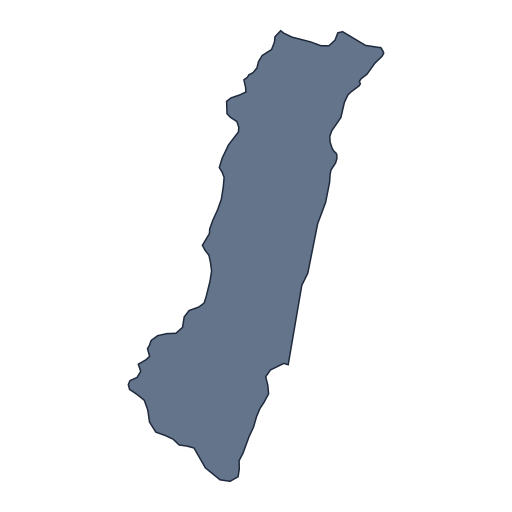 map outline of Hualien (Mercator projection)
{"feature_id": "TWN-1172", "entity_name": "Hualien", "entity_type": "County", "adm_level": 1, "iso_a3": "TWN", "parent_name": "Taiwan", "parent_adm1": "", "projection": "mercator", "projection_center": [121.379, 23.74], "detail": "fine", "context": "isolated", "style": "filled", "palette": "slate", "viewbox_px": 512, "rotation_deg": 0, "n_neighbors": 0, "source": "natural_earth", "source_scale": "10m", "svg_char_len": 1652}
<svg xmlns="http://www.w3.org/2000/svg" viewBox="0 0 512 512"><path d="M380.6,47.5L381.4,48.4L382.5,50.3L383.4,52.1L383.7,53.4L381.9,56.4L374.7,63.4L367.0,74.2L361.2,78.7L359.4,81.2L360.3,83.8L359.3,85.7L351.0,91.9L347.9,94.9L344.4,102.4L340.9,117.5L331.7,130.9L329.8,136.4L330.1,142.2L332.3,148.7L334.2,151.5L335.8,152.8L336.8,154.5L336.9,158.5L335.6,162.9L331.0,170.0L330.1,174.4L329.6,182.3L325.6,202.5L317.7,223.6L307.8,273.2L301.8,285.3L288.2,364.7L283.8,363.4L270.5,369.9L265.7,376.7L267.8,385.2L268.6,393.7L264.1,402.2L259.9,408.6L256.5,416.8L253.5,427.2L249.0,436.8L243.0,453.2L239.1,460.6L239.3,469.0L238.1,476.7L230.1,481.3L220.0,479.8L205.4,467.9L194.0,448.0L187.0,446.1L179.2,445.0L173.0,439.1L165.4,435.6L155.8,432.1L149.5,422.0L148.2,412.9L147.7,409.8L144.3,400.3L136.4,394.0L129.6,389.5L128.3,384.6L130.0,380.6L137.0,377.5L140.7,371.4L138.3,364.2L145.8,359.9L149.6,356.4L147.5,348.7L149.4,345.4L151.2,340.4L157.6,335.7L166.8,333.6L175.9,333.3L182.5,327.4L184.2,316.9L189.1,310.5L198.6,307.1L204.1,303.1L206.1,296.9L210.0,281.2L211.6,270.9L210.4,262.0L208.9,255.2L205.0,250.2L202.4,245.3L209.4,233.6L209.7,229.0L212.8,220.3L217.6,209.8L221.4,199.0L223.3,186.6L224.1,177.3L221.9,171.7L219.3,167.6L222.2,158.1L228.5,144.9L238.4,132.0L238.8,127.3L236.9,121.6L230.5,117.4L227.0,113.7L226.6,101.3L231.2,97.8L239.5,95.0L245.9,92.0L245.6,87.5L243.9,79.8L247.4,77.3L248.9,74.8L253.1,72.6L256.9,68.0L258.5,61.6L262.2,55.5L271.6,49.5L274.5,41.9L275.0,36.7L280.7,30.7L283.8,33.2L291.9,37.1L310.5,41.9L320.8,45.7L328.9,45.8L335.0,40.2L337.8,32.8L342.6,31.7L365.5,45.4L379.3,47.5L380.6,47.5Z" fill="#64748b" stroke="#1e293b" stroke-width="1.5"/></svg>